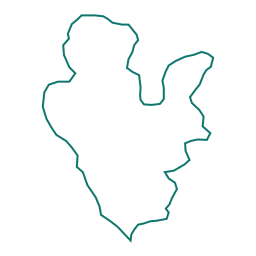 Trachonas, Cyprus
{"feature_id": "46923920B71811128536936", "entity_name": "Trachonas", "entity_type": "district", "adm_level": 2, "iso_a3": "CYP", "parent_name": "Cyprus", "parent_adm1": "", "projection": "orthographic", "projection_center": [33.353, 35.206], "detail": "fine", "context": "isolated", "style": "outline", "palette": "teal", "viewbox_px": 256, "rotation_deg": 0, "n_neighbors": 0, "source": "geoboundaries", "source_scale": "gbopen_adm2", "svg_char_len": 1195}
<svg xmlns="http://www.w3.org/2000/svg" viewBox="0 0 256 256"><path d="M130.6,240.6L131.4,234.4L134.3,229.5L138.1,224.6L143.0,223.7L150.7,221.2L157.0,220.7L166.7,218.8L168.7,212.5L165.8,208.6L169.6,204.2L171.6,198.8L176.9,189.1L175.0,182.8L168.7,178.4L164.8,172.1L174.0,170.6L184.7,164.3L189.5,159.9L185.6,151.1L185.1,143.3L191.0,140.9L197.7,139.5L206.9,139.9L210.3,133.1L202.6,126.3L203.6,116.6L199.2,109.8L191.9,103.0L190.0,97.1L195.8,89.3L199.7,84.5L203.5,74.7L206.5,69.9L210.8,66.9L213.2,57.7L207.9,53.8L201.6,51.9L193.9,54.8L185.1,56.7L175.5,61.1L168.7,65.5L165.8,71.3L162.4,80.6L163.8,87.9L163.8,99.1L159.9,103.9L151.7,104.9L144.0,104.4L140.6,100.0L140.1,95.2L140.6,87.4L139.1,75.2L132.3,71.8L127.0,67.9L128.5,59.2L132.3,52.3L134.3,45.0L138.1,40.2L136.7,34.8L128.5,24.6L122.2,24.6L112.5,22.7L107.6,18.8L103.3,16.3L95.0,15.4L81.5,15.4L77.6,19.3L71.8,24.1L67.9,33.8L68.9,38.7L63.2,45.2L64.0,55.1L69.3,67.2L75.3,73.3L69.3,81.7L57.9,81.7L48.8,84.7L44.3,92.3L42.8,106.8L46.5,118.9L51.8,128.1L56.4,134.9L66.2,141.0L71.5,147.1L77.6,155.5L76.8,166.9L82.9,172.2L87.4,185.1L95.7,197.3L99.5,206.4L101.0,214.8L110.9,221.6L117.7,226.9L130.6,240.6Z" fill="none" stroke="#0f766e" stroke-width="2"/></svg>